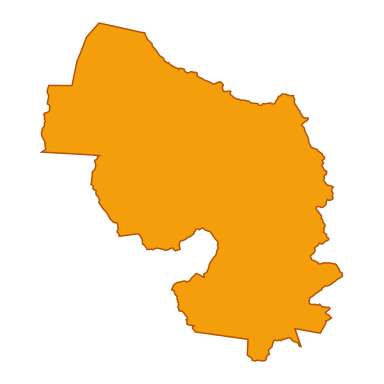 Santa Quitéria, Ceará, Brazil (Albers equal-area conic projection)
{"feature_id": "56859067B17930491929405", "entity_name": "Santa Quitéria", "entity_type": "district", "adm_level": 2, "iso_a3": "BRA", "parent_name": "Brazil", "parent_adm1": "Ceará", "projection": "albers", "projection_center": [-39.983, -4.362], "detail": "fine", "context": "isolated", "style": "filled", "palette": "amber", "viewbox_px": 384, "rotation_deg": 0, "n_neighbors": 0, "source": "geoboundaries", "source_scale": "gbopen_adm2", "svg_char_len": 5978}
<svg xmlns="http://www.w3.org/2000/svg" viewBox="0 0 384 384"><path d="M325.4,324.1L325.9,322.5L325.8,320.9L327.9,320.4L331.5,317.9L330.4,317.0L329.4,315.7L328.2,314.7L326.6,314.2L325.4,313.0L326.4,311.6L329.0,309.7L330.0,308.3L328.7,307.3L325.6,307.3L323.8,306.9L322.1,306.9L319.7,304.2L317.9,305.3L316.6,304.6L314.1,304.3L312.6,304.6L310.5,304.2L309.4,303.4L309.1,301.3L309.5,299.8L309.6,298.3L310.6,297.3L313.3,295.9L315.6,293.5L317.3,292.7L320.2,290.5L321.6,289.9L322.6,287.8L324.8,286.1L327.7,285.9L330.5,284.7L331.4,283.8L335.7,280.8L336.5,279.9L341.9,276.7L342.5,275.4L342.3,274.2L341.8,272.7L340.2,271.9L339.4,270.7L339.1,268.6L337.7,267.5L336.6,264.9L335.2,264.0L332.2,263.5L330.4,263.0L329.0,262.9L327.2,263.2L325.8,262.6L324.5,262.7L321.0,263.8L318.9,264.0L318.2,262.9L317.0,262.0L315.1,261.0L311.6,259.8L311.3,258.3L310.3,256.5L311.3,254.9L312.8,254.1L314.8,251.6L315.2,249.7L314.7,248.5L315.3,247.2L318.1,245.4L319.2,243.1L321.1,243.9L322.3,244.0L323.3,243.5L324.2,242.1L326.3,240.8L327.7,240.5L328.7,239.4L328.5,238.2L327.3,237.6L326.4,236.2L326.6,234.5L323.7,232.4L324.0,230.8L324.0,229.1L323.7,227.9L324.6,227.2L325.2,225.7L324.7,224.1L322.9,222.2L322.8,220.2L321.2,218.1L321.6,216.4L320.3,214.2L319.1,213.3L318.9,212.2L317.8,210.9L316.5,209.8L316.1,208.7L316.4,207.0L318.3,206.4L321.4,207.5L322.6,207.2L324.1,206.4L325.9,204.5L326.3,202.0L327.3,199.3L328.6,200.2L330.0,200.3L332.4,199.2L333.1,198.1L332.3,197.1L332.9,193.9L332.8,192.7L332.1,191.6L331.5,189.2L332.4,188.4L333.3,187.1L330.6,185.8L327.0,185.0L326.1,183.5L323.7,180.7L324.3,178.2L324.0,176.5L324.6,175.2L326.2,174.5L326.6,172.8L326.6,171.1L324.1,169.9L323.3,168.0L322.3,166.6L321.8,165.1L323.7,163.0L322.7,162.4L322.2,160.8L324.1,159.1L324.7,157.8L324.0,156.6L322.7,155.4L321.9,153.6L318.0,150.9L317.4,149.7L314.9,148.6L312.5,148.0L311.1,147.1L310.4,145.6L309.1,143.0L308.2,138.2L307.6,136.6L304.9,131.1L304.4,128.2L303.5,127.1L301.7,125.6L302.3,124.0L304.3,122.3L307.3,120.3L308.2,119.2L307.9,118.0L305.5,118.1L303.2,117.4L301.4,114.3L299.7,112.5L299.9,111.0L298.8,110.2L298.1,109.3L297.6,107.9L294.8,103.7L294.4,102.6L294.3,101.0L294.7,99.5L294.1,98.2L293.3,97.1L293.5,95.5L290.4,95.8L285.8,94.3L284.0,94.0L281.9,94.0L280.6,95.7L278.8,96.3L277.8,97.6L277.6,99.1L276.7,99.8L276.1,100.8L274.8,103.4L273.6,103.9L271.8,103.8L270.5,102.9L264.7,103.9L262.9,103.6L262.2,104.7L260.9,105.5L259.1,105.2L257.8,103.6L253.8,103.2L252.3,103.3L250.7,102.7L249.0,101.3L243.4,100.0L241.2,100.3L238.5,99.0L237.1,99.2L233.7,97.4L232.8,96.4L230.0,94.2L230.7,91.3L228.8,91.0L226.7,91.5L223.6,91.3L222.8,90.1L222.4,86.9L223.4,85.1L222.4,83.5L219.9,81.7L216.8,82.7L215.1,83.8L213.0,84.0L211.3,82.8L208.9,81.7L204.9,80.3L201.7,78.4L199.1,77.3L197.0,75.5L197.5,74.3L196.9,72.8L195.3,72.2L194.0,72.6L192.4,71.8L190.5,71.8L188.8,72.8L186.5,72.8L184.4,70.6L184.1,69.1L180.0,68.1L178.5,69.4L177.3,68.1L176.2,68.1L174.4,66.8L173.1,66.7L172.0,65.4L170.4,65.1L168.9,62.7L166.7,62.7L165.4,61.5L164.1,60.7L164.0,59.1L162.8,57.6L160.5,56.4L159.4,55.2L158.3,53.7L156.8,51.2L155.4,49.7L154.4,48.2L152.9,46.7L152.2,45.6L152.0,43.7L147.5,39.3L145.8,35.8L144.7,32.7L142.6,32.6L140.5,32.2L99.0,23.0L86.4,37.3L81.8,49.6L77.0,61.3L72.0,85.6L48.9,85.4L47.8,88.5L47.2,90.9L47.3,92.9L48.4,94.3L48.6,97.3L47.3,103.1L47.7,104.3L48.9,104.8L49.9,106.2L49.6,107.7L49.5,110.3L48.7,111.8L44.6,113.2L43.8,114.4L44.6,116.5L44.4,118.1L44.5,119.4L45.1,120.4L45.3,121.9L44.3,122.8L44.4,125.9L42.5,128.3L42.2,129.6L42.3,130.9L41.5,132.0L41.6,134.7L42.2,137.0L44.8,141.7L45.1,146.4L45.9,148.9L45.1,149.7L41.6,152.1L89.6,154.8L99.6,155.6L98.8,156.3L97.5,156.9L97.4,158.6L96.2,159.6L94.9,160.3L94.6,161.5L95.8,164.4L95.7,166.3L95.0,169.0L94.2,170.2L93.0,171.0L92.4,172.0L92.1,173.4L92.5,176.4L91.8,177.4L91.6,181.8L91.0,184.4L93.0,185.7L93.3,186.9L92.8,188.5L94.4,190.0L96.2,190.7L95.9,193.0L95.9,194.1L98.2,196.9L99.0,198.7L99.5,200.8L98.8,202.2L99.3,203.4L101.3,206.1L103.0,208.9L106.1,211.8L107.5,214.0L110.2,219.1L113.7,222.4L116.6,222.9L117.8,224.3L117.8,226.6L118.4,229.2L117.1,230.9L117.1,232.1L118.2,233.1L119.0,234.7L119.2,236.3L138.0,233.8L139.7,235.0L141.1,237.9L142.2,239.3L142.5,243.2L142.8,244.4L144.5,245.3L146.4,247.9L146.9,249.4L148.0,249.5L151.5,249.1L152.8,249.8L154.2,248.9L156.9,248.2L158.4,248.2L159.7,248.7L161.6,248.9L165.0,250.2L166.6,250.1L170.3,248.7L171.3,248.0L172.9,248.5L175.0,250.8L178.1,250.0L180.2,249.2L179.2,245.4L179.3,243.5L180.6,240.9L183.3,240.5L185.7,239.2L188.0,237.3L189.7,236.9L192.7,234.8L193.9,233.6L194.3,232.0L195.1,231.2L195.7,230.0L196.7,229.0L198.1,228.8L199.2,229.8L202.4,227.8L204.4,229.4L205.8,230.3L209.9,231.6L212.3,234.6L215.3,239.1L218.1,242.0L217.5,245.1L218.2,248.3L217.3,249.6L216.7,251.6L216.2,254.2L215.3,255.9L213.2,258.1L210.0,263.0L209.3,264.5L208.7,267.9L206.5,272.6L204.1,273.8L203.7,275.2L204.3,277.1L203.1,277.0L199.7,274.9L198.0,274.3L196.8,273.6L195.6,273.8L194.7,275.3L193.4,276.2L191.0,278.6L190.3,279.9L189.2,281.2L187.6,281.6L186.2,281.6L184.4,281.0L182.7,281.3L179.7,282.1L178.1,282.4L176.7,282.8L175.3,283.6L174.0,284.8L172.9,286.4L172.6,287.6L171.9,288.8L171.8,290.0L174.2,290.6L174.2,291.7L175.1,294.3L177.1,296.5L177.1,299.3L177.7,300.6L177.6,301.9L178.6,303.2L178.3,306.1L177.9,307.3L178.7,308.7L178.8,310.5L179.9,311.1L181.5,311.1L183.2,312.0L185.9,315.9L187.2,316.7L187.5,318.7L186.1,319.6L187.2,321.8L186.8,323.9L188.6,324.9L192.1,325.5L194.7,325.7L193.0,326.4L192.4,328.1L195.3,332.0L248.0,339.3L247.3,355.1L251.4,357.9L252.1,359.0L252.0,360.1L255.3,361.0L257.0,360.3L259.8,360.4L261.6,360.8L263.8,360.9L265.1,360.5L266.0,359.5L266.5,358.1L266.5,356.6L268.3,354.7L269.5,354.1L268.7,352.6L268.6,349.8L272.0,346.7L272.8,343.3L273.4,342.0L273.7,340.6L275.2,340.2L277.4,340.8L278.4,340.0L279.6,340.4L281.1,340.6L282.0,339.3L283.4,339.6L284.8,338.8L286.1,338.6L287.3,338.1L288.7,337.8L290.0,337.9L291.0,338.7L292.9,341.1L297.5,342.7L298.9,343.9L298.8,345.3L299.9,346.4L301.0,346.6L294.9,328.6L320.2,333.2L325.4,324.1Z" fill="#f59e0b" stroke="#b45309" stroke-width="1.5"/></svg>